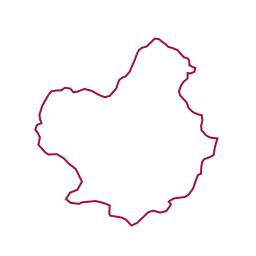 Yeongcheon-si, North Gyeongsang, South Korea, rotated 104°
{"feature_id": "91817680B48235767363306", "entity_name": "Yeongcheon-si", "entity_type": "district", "adm_level": 2, "iso_a3": "KOR", "parent_name": "South Korea", "parent_adm1": "North Gyeongsang", "projection": "natural_earth1", "projection_center": [128.917, 36.001], "detail": "fine", "context": "isolated", "style": "outline", "palette": "rose", "viewbox_px": 256, "rotation_deg": 104, "n_neighbors": 0, "source": "geoboundaries", "source_scale": "gbopen_adm2", "svg_char_len": 1500}
<svg xmlns="http://www.w3.org/2000/svg" viewBox="0 0 256 256"><g transform="rotate(104 128 128)"><path d="M154.6,46.1L149.5,47.2L147.3,47.5L143.2,47.8L139.8,46.6L138.2,44.1L135.7,40.6L133.5,38.4L125.1,39.1L117.9,38.8L116.5,38.6L117.4,45.8L116.4,50.2L113.9,53.7L112.5,56.1L108.1,57.6L102.7,57.6L97.8,59.5L97.8,63.4L96.9,68.8L93.9,74.2L89.1,77.1L83.7,85.4L80.3,87.4L74.4,86.9L70.0,85.4L65.5,82.2L60.2,83.4L59.9,80.3L57.4,77.2L53.6,77.2L53.0,80.9L52.1,83.8L48.3,84.7L46.1,86.6L45.8,91.0L43.3,95.0L40.5,98.5L39.6,104.4L39.6,108.5L37.7,111.6L36.4,115.0L34.2,119.7L34.9,123.8L38.6,126.0L44.2,129.4L47.0,134.1L49.8,136.3L51.2,136.6L54.5,137.3L60.5,137.9L67.3,139.1L73.3,140.1L78.6,142.9L80.5,145.7L83.6,148.2L92.5,149.0L101.2,153.4L103.7,157.8L103.2,162.7L101.7,168.6L100.7,172.0L100.7,179.8L105.1,186.2L106.6,189.6L103.7,193.5L104.2,198.9L107.6,201.9L109.0,206.8L111.0,211.2L114.9,213.1L127.1,216.6L136.9,217.1L141.3,215.1L144.2,213.1L147.1,217.1L147.6,217.1L152.0,217.6L154.9,214.1L158.4,211.2L166.0,210.8L171.5,202.8L173.0,198.9L170.6,190.6L173.0,182.8L176.9,176.9L180.3,169.0L191.1,159.7L200.3,162.2L204.7,168.6L212.0,171.0L214.5,165.6L213.5,157.3L211.1,154.4L206.7,141.6L206.7,133.3L207.6,127.0L215.4,125.5L217.4,124.0L216.9,118.6L216.4,112.3L217.4,107.9L221.8,101.0L217.9,96.2L208.6,90.3L205.2,88.3L202.2,83.9L202.2,76.1L199.3,70.7L192.0,67.8L189.5,70.7L185.2,66.4L184.2,63.9L181.2,56.1L178.3,53.2L171.0,50.2L165.6,49.8L156.9,48.8L154.6,46.1Z" fill="none" stroke="#9f1239" stroke-width="2"/></g></svg>